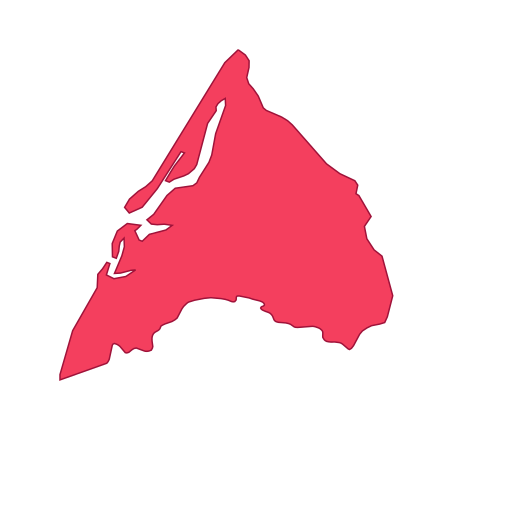 map outline of Usulután (Mercator projection), rotated 111°
{"feature_id": "SLV-1354", "entity_name": "Usulután", "entity_type": "Department", "adm_level": 1, "iso_a3": "SLV", "parent_name": "El Salvador", "parent_adm1": "", "projection": "mercator", "projection_center": [-88.42, 13.427], "detail": "fine", "context": "isolated", "style": "filled", "palette": "rose", "viewbox_px": 512, "rotation_deg": 111, "n_neighbors": 0, "source": "natural_earth", "source_scale": "10m", "svg_char_len": 2862}
<svg xmlns="http://www.w3.org/2000/svg" viewBox="0 0 512 512"><g transform="rotate(111 256 256)"><path d="M441.9,394.6L436.9,396.5L391.4,400.4L342.5,392.9L329.8,397.1L323.0,394.7L315.4,393.0L315.4,389.7L327.3,388.9L328.1,380.5L321.8,370.2L312.1,363.4L314.2,367.6L320.5,376.4L323.0,381.9L303.9,381.3L294.6,382.2L286.6,385.6L291.7,387.8L295.8,387.2L300.8,385.8L308.2,385.6L308.2,389.7L295.9,394.7L282.4,394.4L271.8,387.8L268.6,374.5L273.8,376.8L275.8,378.2L283.0,370.8L283.0,367.5L274.0,363.3L264.0,349.4L257.4,345.2L259.2,353.1L262.2,359.5L263.7,365.2L261.3,370.8L253.7,366.4L231.4,360.8L221.7,355.7L213.0,340.1L209.0,337.5L202.8,337.0L185.4,333.5L177.6,333.5L156.2,337.5L126.4,338.3L119.9,341.2L123.5,344.1L127.3,346.1L131.2,346.8L134.6,345.2L149.5,348.7L191.9,344.1L196.6,344.9L203.4,348.6L207.1,352.1L213.7,360.1L218.1,363.4L218.1,367.5L208.3,365.8L201.1,364.4L185.4,359.7L185.4,363.4L228.6,372.3L251.2,379.7L261.3,389.7L257.7,396.1L248.2,394.5L237.7,389.0L230.8,383.8L223.0,379.8L86.7,354.4L70.4,346.8L70.1,346.6L70.1,345.6L72.2,337.9L76.2,332.4L82.5,330.1L92.8,328.6L97.8,324.5L100.9,318.5L105.9,311.2L115.1,302.3L116.4,298.6L117.1,281.8L118.4,274.9L120.6,269.1L144.7,223.2L149.1,207.2L150.3,190.7L153.4,186.4L162.0,185.0L162.7,181.6L177.9,162.7L189.5,165.4L200.2,158.7L208.0,147.9L211.0,138.3L244.1,114.1L265.7,111.6L272.0,112.0L275.2,116.1L279.6,123.1L283.2,126.5L287.8,129.8L291.9,131.2L304.7,132.8L308.0,133.8L309.8,135.2L309.7,136.7L307.2,143.7L306.9,145.3L306.9,146.9L308.0,151.5L309.5,155.3L310.1,157.6L310.4,159.5L310.2,161.0L309.7,162.3L308.9,163.4L308.1,164.4L306.9,165.0L304.0,166.0L302.8,166.6L301.9,167.6L301.4,168.8L300.9,170.2L300.7,171.8L300.8,175.1L301.0,176.6L301.4,178.1L307.8,191.6L308.4,193.6L308.5,194.9L307.4,199.2L307.4,201.4L307.8,204.2L309.9,211.4L310.1,213.4L310.0,214.6L309.3,216.0L309.2,216.2L306.4,218.8L305.6,219.8L304.9,221.1L304.4,222.4L304.2,224.1L304.3,227.4L304.1,230.8L303.6,232.2L302.9,233.0L301.9,232.9L301.0,232.3L300.3,231.4L299.7,230.9L299.0,230.6L298.0,230.9L297.2,231.9L296.7,233.3L296.6,234.9L296.6,236.5L297.5,243.8L297.6,247.3L299.3,257.3L300.0,259.0L300.7,259.6L301.6,259.6L304.1,258.8L306.2,259.5L307.0,260.9L307.3,262.6L307.2,266.0L307.5,269.3L308.3,273.4L311.1,283.2L314.0,289.0L319.3,297.5L323.0,302.2L323.9,303.0L325.1,303.7L329.0,305.5L331.8,306.2L342.2,307.4L344.6,308.8L347.3,311.0L352.0,316.6L354.1,318.6L355.7,319.7L357.0,319.6L358.5,319.7L359.8,320.2L361.0,321.0L363.0,322.7L364.1,323.4L365.4,323.9L366.9,324.1L368.4,324.0L369.9,323.7L372.6,322.6L377.5,319.9L379.2,319.7L381.4,320.0L383.1,321.9L384.0,323.5L384.6,325.2L384.7,326.8L384.8,334.8L386.1,336.8L388.1,338.3L391.5,340.2L392.8,341.9L393.1,343.4L389.1,350.7L388.6,352.4L388.3,354.2L388.4,356.8L389.4,357.9L390.7,358.2L405.0,356.0L406.6,356.1L408.2,356.4L409.6,356.9L441.9,394.6Z" fill="#f43f5e" stroke="#9f1239" stroke-width="1.5"/></g></svg>